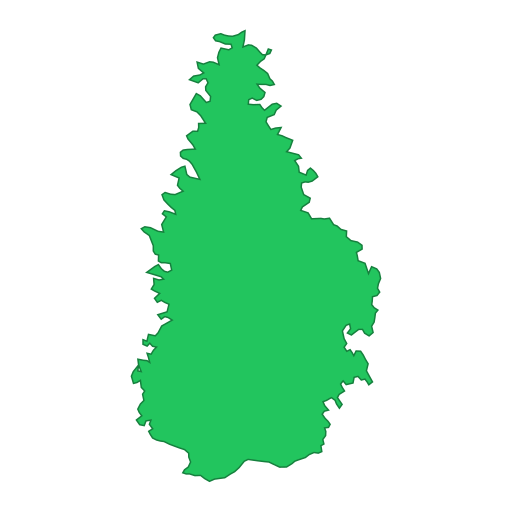 Nova Tebas, Paraná, Brazil (orthographic projection)
{"feature_id": "56859067B30858254302044", "entity_name": "Nova Tebas", "entity_type": "district", "adm_level": 2, "iso_a3": "BRA", "parent_name": "Brazil", "parent_adm1": "Paraná", "projection": "orthographic", "projection_center": [-51.949, -24.431], "detail": "fine", "context": "isolated", "style": "filled", "palette": "green", "viewbox_px": 512, "rotation_deg": 0, "n_neighbors": 0, "source": "geoboundaries", "source_scale": "gbopen_adm2", "svg_char_len": 4793}
<svg xmlns="http://www.w3.org/2000/svg" viewBox="0 0 512 512"><path d="M281.1,127.5L275.5,128.1L270.9,129.5L268.3,125.6L266.0,121.8L267.2,117.4L274.2,114.6L276.2,110.1L281.0,106.1L276.7,103.3L272.2,104.2L264.5,110.3L261.9,107.6L259.8,104.5L253.3,104.7L248.3,104.2L248.7,99.7L252.2,98.1L256.7,100.4L261.1,99.3L263.8,96.6L265.0,92.5L259.8,88.1L257.1,84.2L261.5,84.4L266.0,84.4L270.0,85.5L274.3,84.5L272.4,81.1L269.9,78.8L267.6,73.5L264.0,70.6L259.8,67.8L256.9,65.2L260.5,61.4L264.2,58.8L265.9,54.9L262.4,54.7L260.0,52.3L256.4,48.1L251.7,45.3L248.4,44.9L242.9,47.0L244.4,39.9L245.0,30.7L241.7,32.2L238.3,34.6L232.5,36.3L228.4,36.0L224.3,35.1L220.8,33.7L215.3,35.1L213.4,37.7L215.6,40.8L219.6,41.6L225.3,44.0L231.0,44.2L232.2,47.8L228.8,49.8L221.0,48.1L218.9,52.3L217.5,57.7L219.1,64.7L213.2,62.2L209.6,61.8L203.4,64.1L197.1,62.1L198.4,68.4L203.7,72.9L199.9,75.0L193.6,76.1L189.5,79.7L198.2,82.8L203.0,78.8L206.2,78.8L208.0,82.8L205.6,86.8L205.8,90.4L210.6,96.4L210.1,101.2L206.3,102.5L200.3,95.8L196.3,93.6L190.0,104.5L191.3,109.7L197.0,111.9L200.7,115.7L205.6,123.3L198.6,123.5L198.7,127.5L197.6,131.3L192.9,131.2L186.6,135.8L188.0,139.0L192.9,144.9L195.3,149.1L187.4,149.5L183.1,150.1L180.4,152.3L180.6,156.0L183.2,158.4L186.7,159.3L189.4,161.1L192.2,164.4L196.4,172.0L199.9,179.4L189.8,177.1L186.8,174.5L185.8,170.1L184.9,166.2L181.3,167.3L175.9,170.7L171.1,174.6L179.1,178.0L177.5,185.3L179.8,188.3L183.1,191.2L175.1,194.6L170.5,194.2L165.1,192.5L162.0,194.7L163.9,199.9L167.7,204.0L171.2,207.4L174.9,210.4L175.7,214.3L169.2,211.8L164.4,210.8L162.4,213.8L166.3,216.9L161.7,224.5L163.6,232.1L158.0,231.3L150.5,227.7L144.8,226.8L141.3,228.7L144.1,231.9L149.3,235.5L153.3,245.7L153.3,251.0L155.3,254.2L158.6,255.0L158.4,261.0L161.2,262.7L165.0,262.7L170.3,263.5L171.7,270.1L167.7,272.2L164.4,271.3L161.4,268.8L158.4,264.6L154.8,266.5L146.7,272.4L151.5,273.8L156.7,275.4L161.2,276.8L163.6,279.2L159.0,280.0L153.6,278.4L154.1,284.5L151.3,289.1L154.6,291.0L159.7,293.4L154.5,298.3L157.3,302.3L161.3,300.3L165.0,302.5L169.0,304.2L167.1,311.8L157.8,314.7L161.2,319.2L164.8,316.6L168.1,317.5L172.2,320.1L161.7,326.0L158.1,332.8L155.3,335.8L148.5,334.4L146.9,341.2L143.0,339.7L143.0,344.3L147.1,346.1L149.8,343.2L152.6,346.3L156.5,347.1L153.5,350.2L151.1,354.2L147.1,353.3L148.4,357.2L149.7,362.4L146.9,360.6L143.5,360.3L137.9,359.2L138.6,365.0L133.3,371.6L131.4,376.2L133.5,383.4L137.0,382.5L140.4,380.4L141.3,387.4L144.7,391.0L142.6,394.2L143.9,400.5L140.4,404.0L137.8,409.1L139.3,412.5L141.8,415.8L136.4,420.0L139.7,424.7L144.2,425.6L146.0,420.9L150.9,420.1L149.4,424.3L152.7,428.8L148.7,431.3L150.3,434.4L152.6,438.0L156.6,440.0L160.4,441.0L164.0,441.5L169.5,444.2L174.8,446.2L179.7,448.0L184.6,449.6L188.7,453.2L188.8,457.1L190.6,462.0L188.3,467.0L184.5,469.8L182.8,472.8L186.1,473.9L189.6,473.9L194.9,475.6L200.6,475.4L204.7,478.6L209.5,481.3L214.5,479.1L220.2,478.3L224.8,477.7L230.4,474.0L234.6,471.7L239.1,467.6L244.3,461.2L248.1,459.4L257.3,460.7L264.6,461.6L268.9,462.0L273.4,464.2L279.6,467.1L286.5,467.0L292.0,463.6L294.8,461.2L297.7,460.1L305.4,457.5L309.1,454.6L314.0,452.5L318.3,453.1L321.8,451.6L320.9,445.7L323.9,444.0L322.8,439.5L325.6,435.6L325.8,431.5L324.6,427.9L328.5,427.4L330.1,424.3L328.0,421.3L325.1,418.4L322.2,414.2L324.3,411.2L328.5,410.1L324.7,405.7L323.0,401.7L326.5,400.4L331.4,397.6L335.1,400.3L336.5,403.9L339.4,408.2L342.1,404.4L337.4,397.6L339.1,394.4L344.5,391.0L342.2,387.4L340.6,384.0L343.1,380.9L346.2,384.6L353.0,383.0L354.1,377.3L358.0,376.4L361.3,380.0L364.9,379.1L367.0,381.7L368.8,384.8L372.5,381.9L369.2,376.0L366.4,370.8L368.1,363.8L365.4,359.3L363.2,355.0L360.6,351.2L356.1,351.0L353.8,355.7L352.2,352.8L350.1,349.7L346.8,351.3L344.1,347.2L346.7,343.5L344.1,338.7L342.4,330.9L346.1,325.3L349.6,324.0L350.6,328.8L347.4,333.0L351.4,335.0L355.9,331.5L358.7,329.4L362.5,329.4L364.6,333.2L369.1,335.9L373.1,332.5L371.6,326.2L374.1,322.1L374.8,317.9L375.4,313.1L377.9,310.1L374.1,307.7L371.7,304.6L372.2,301.3L372.5,296.7L377.0,295.5L379.7,292.1L377.5,288.3L378.4,283.8L380.6,278.5L379.3,272.4L376.7,268.9L371.6,266.7L368.5,273.6L365.0,263.3L358.1,260.7L357.3,255.9L356.4,252.4L362.1,249.1L362.0,245.3L357.6,242.1L350.9,240.6L346.3,236.7L346.6,231.0L340.9,229.4L337.1,226.0L333.6,224.7L329.5,218.2L324.3,219.0L320.9,218.4L311.6,218.8L308.1,212.9L300.7,210.4L302.4,206.9L309.2,202.3L310.2,198.2L303.7,194.6L301.2,187.2L301.6,183.0L305.0,181.9L308.3,182.2L312.1,181.1L317.8,176.8L315.8,173.3L313.3,170.5L310.4,168.1L307.6,170.4L306.1,175.1L299.2,172.2L298.5,166.3L294.7,160.6L298.1,158.7L301.3,158.2L298.6,154.8L286.6,151.7L289.9,148.1L292.7,140.3L285.7,137.5L282.1,135.8L277.5,134.5L281.1,127.5ZM138.6,365.0L141.2,371.6L137.8,370.9L138.6,365.0ZM265.9,54.9L269.8,53.5L271.4,50.0L268.3,49.0L265.9,54.9Z" fill="#22c55e" stroke="#15803d" stroke-width="1.5"/></svg>